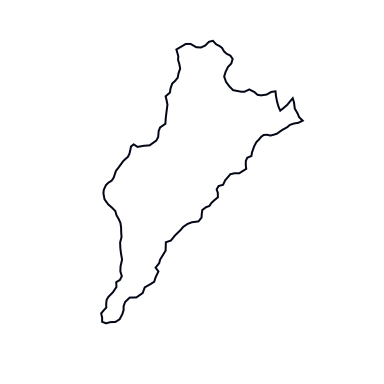 outline of Floreal, São Paulo, Brazil, rotated 197°
{"feature_id": "56859067B4851192161748", "entity_name": "Floreal", "entity_type": "district", "adm_level": 2, "iso_a3": "BRA", "parent_name": "Brazil", "parent_adm1": "São Paulo", "projection": "orthographic", "projection_center": [-50.158, -20.647], "detail": "fine", "context": "isolated", "style": "outline", "palette": "ink", "viewbox_px": 384, "rotation_deg": 197, "n_neighbors": 0, "source": "geoboundaries", "source_scale": "gbopen_adm2", "svg_char_len": 2272}
<svg xmlns="http://www.w3.org/2000/svg" viewBox="0 0 384 384"><g transform="rotate(197 192 192)"><path d="M243.4,49.4L241.1,45.3L240.0,41.6L235.7,41.3L232.2,43.6L227.3,45.3L224.0,49.1L222.9,54.9L222.9,59.2L224.0,62.7L223.8,67.3L220.7,72.8L214.4,74.9L209.6,81.0L209.3,87.0L205.3,91.2L201.9,95.1L201.9,99.4L200.9,106.2L204.7,109.0L202.6,114.3L202.7,118.2L200.1,128.2L202.3,136.3L198.0,139.4L195.5,145.6L191.9,152.1L190.2,156.1L186.9,160.2L183.3,163.0L177.2,165.8L175.4,170.4L176.2,173.6L176.9,177.8L174.1,181.6L171.3,183.7L170.3,187.1L168.7,189.9L165.7,194.5L167.1,198.8L169.2,201.7L168.3,205.5L164.4,208.0L163.7,212.9L160.5,220.2L157.0,222.3L152.3,223.7L150.1,226.3L146.9,230.0L148.3,233.0L149.6,237.4L149.2,240.9L145.7,243.8L146.2,247.4L145.9,253.9L145.0,258.6L143.2,262.0L142.0,265.0L140.1,267.5L136.9,268.7L133.5,268.9L130.9,270.5L128.0,272.4L123.8,277.8L119.8,281.9L118.1,284.7L114.7,287.2L110.5,289.3L107.0,292.6L111.5,294.9L113.9,297.9L118.1,301.8L120.7,307.6L123.1,311.1L124.9,306.9L126.4,303.2L129.5,298.3L131.4,295.6L134.0,298.6L136.9,303.0L139.6,308.0L141.6,312.7L145.4,310.9L149.1,307.0L154.2,304.6L157.8,304.1L161.4,305.8L167.2,306.8L171.2,303.2L174.1,302.3L182.5,301.4L187.1,303.9L191.6,307.2L195.0,311.8L195.0,316.7L194.2,322.0L192.0,326.3L192.0,331.1L195.1,333.6L199.6,334.4L202.7,336.0L205.3,338.5L208.2,339.6L212.1,340.3L216.2,342.7L219.7,340.6L222.2,335.9L225.7,332.8L230.3,331.7L236.7,333.2L241.3,331.7L248.6,323.7L246.7,320.8L244.7,317.6L244.0,314.3L241.5,310.6L239.4,306.5L239.6,301.7L239.1,297.1L240.7,293.2L242.6,289.9L242.8,284.7L242.2,280.6L245.2,275.8L243.0,272.1L241.0,268.3L239.8,261.1L238.7,255.0L237.4,249.4L241.4,244.4L241.7,240.5L240.4,234.6L241.2,230.7L246.2,224.2L251.6,222.1L257.3,219.2L261.7,220.5L263.6,217.7L263.3,214.4L263.0,210.3L263.6,206.8L265.4,204.0L266.9,201.2L269.5,193.6L270.9,190.1L271.1,182.9L272.1,179.4L274.7,176.4L276.3,173.5L277.0,168.3L276.3,164.8L273.5,159.4L268.6,155.7L264.1,153.7L259.8,151.4L257.4,147.7L254.1,144.6L251.4,141.5L249.5,137.5L248.0,133.0L246.2,128.2L246.0,122.8L244.2,117.6L242.0,112.6L239.1,106.9L238.6,100.1L237.3,95.1L234.5,91.0L235.2,86.9L238.1,83.6L236.5,79.1L238.3,73.0L241.3,67.3L242.1,64.0L241.4,60.0L240.2,56.4L241.6,53.5L243.4,49.4Z" fill="none" stroke="#020617" stroke-width="2"/></g></svg>